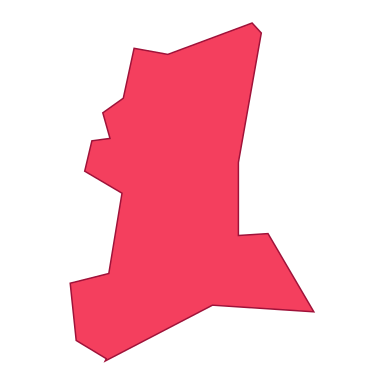 Leer, Unity, South Sudan
{"feature_id": "79223893B69853556807394", "entity_name": "Leer", "entity_type": "district", "adm_level": 2, "iso_a3": "SSD", "parent_name": "South Sudan", "parent_adm1": "Unity", "projection": "albers", "projection_center": [30.206, 8.187], "detail": "fine", "context": "isolated", "style": "filled", "palette": "rose", "viewbox_px": 384, "rotation_deg": 0, "n_neighbors": 0, "source": "geoboundaries", "source_scale": "gbopen_adm2", "svg_char_len": 375}
<svg xmlns="http://www.w3.org/2000/svg" viewBox="0 0 384 384"><path d="M313.8,311.8L268.0,233.6L238.4,235.5L238.4,162.5L261.3,33.0L252.1,23.0L167.8,54.4L134.1,48.3L123.3,98.2L102.8,112.8L110.0,138.4L91.9,140.8L84.7,171.2L122.0,193.2L108.8,273.5L70.2,283.2L76.2,340.5L106.3,358.7L105.2,361.0L212.4,305.2L313.8,311.8Z" fill="#f43f5e" stroke="#9f1239" stroke-width="1.5"/></svg>